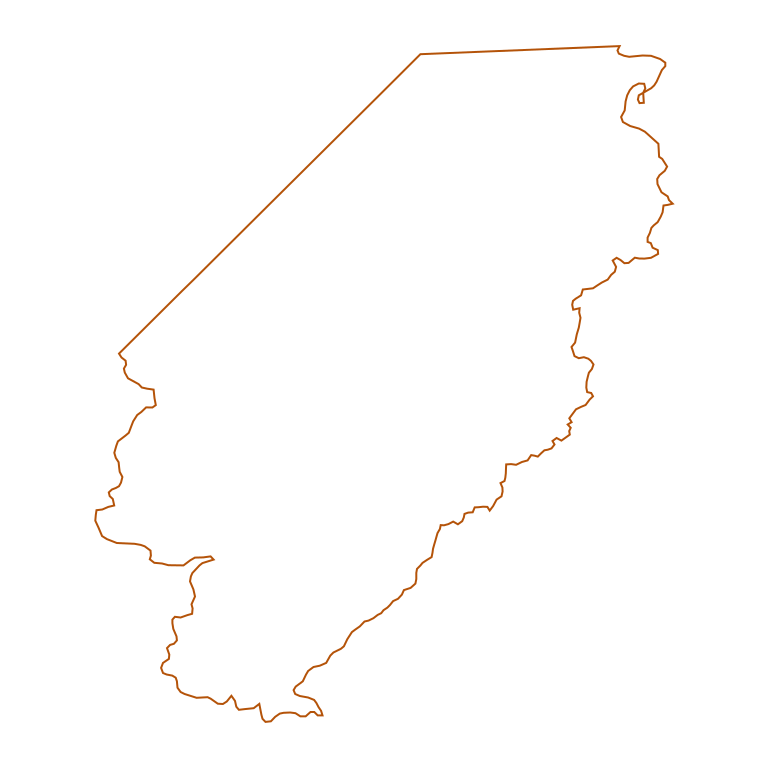 the district of Bom Jardim de Goiás, Goiás, Brazil
{"feature_id": "56859067B81670850738354", "entity_name": "Bom Jardim de Goiás", "entity_type": "district", "adm_level": 2, "iso_a3": "BRA", "parent_name": "Brazil", "parent_adm1": "Goiás", "projection": "orthographic", "projection_center": [-52.054, -16.193], "detail": "fine", "context": "isolated", "style": "outline", "palette": "amber", "viewbox_px": 768, "rotation_deg": 0, "n_neighbors": 0, "source": "geoboundaries", "source_scale": "gbopen_adm2", "svg_char_len": 4141}
<svg xmlns="http://www.w3.org/2000/svg" viewBox="0 0 768 768"><path d="M119.0,353.6L121.5,357.5L125.6,360.7L126.1,364.8L123.9,368.6L124.8,372.6L128.0,378.3L138.6,384.1L141.8,387.5L147.2,388.7L153.6,389.6L154.5,398.2L155.8,405.1L152.4,407.5L146.1,407.4L141.3,412.0L137.2,415.0L133.2,421.3L131.6,425.4L128.8,432.8L125.6,435.5L117.9,441.4L116.3,445.8L114.3,452.8L115.8,457.9L118.6,462.2L119.2,467.9L119.7,471.8L122.4,477.0L121.0,482.6L119.0,486.2L115.8,488.0L111.9,489.5L108.8,492.4L109.7,496.1L112.8,499.0L114.2,505.5L108.3,506.9L102.3,509.5L96.5,510.2L95.8,514.9L95.3,520.7L98.5,527.6L102.1,536.1L106.9,539.1L116.8,543.0L134.6,543.8L140.7,544.9L144.7,546.3L150.5,550.6L150.9,555.6L149.8,559.3L154.3,562.8L162.1,563.5L168.4,565.2L183.5,565.4L190.4,560.2L194.9,557.6L203.2,557.4L210.6,556.4L213.6,559.6L202.4,563.1L199.5,565.4L192.4,573.0L190.9,576.4L190.0,581.4L193.4,589.4L195.0,596.5L191.5,604.3L192.6,608.4L192.1,613.8L187.4,615.1L180.6,617.5L174.9,616.8L172.4,619.6L172.4,623.2L173.3,628.9L176.5,636.4L176.9,640.4L173.9,643.8L170.1,644.9L167.0,648.1L169.3,654.6L168.9,658.9L163.0,662.9L161.1,667.9L163.0,673.0L166.6,674.5L172.3,675.6L175.7,677.7L176.9,681.2L177.5,687.7L180.6,692.0L184.6,694.0L196.6,697.8L207.6,697.2L210.7,698.7L217.8,703.7L222.9,704.0L226.8,701.5L231.4,695.8L235.0,700.9L236.3,706.7L238.9,709.8L244.8,709.1L253.7,708.2L259.3,703.9L261.4,714.7L262.5,718.8L265.5,721.9L270.9,721.3L275.2,716.8L279.8,713.6L283.6,712.8L290.2,712.5L295.5,713.2L300.3,716.3L305.7,716.3L310.5,712.0L314.3,712.0L317.7,715.4L322.5,715.4L321.1,710.9L318.6,707.2L316.4,703.0L314.1,699.9L308.1,697.5L299.8,696.0L295.2,694.0L293.6,690.1L295.7,686.6L302.8,681.3L306.0,674.6L308.2,670.9L313.5,667.0L319.8,665.7L326.2,662.9L328.5,658.8L330.3,655.6L333.4,652.5L340.9,648.8L343.9,646.3L347.3,639.2L351.9,632.1L355.1,629.7L359.8,626.4L364.5,621.5L368.5,620.6L373.4,618.2L377.7,614.9L381.2,613.2L383.5,610.2L387.4,607.6L389.9,605.1L393.1,601.1L398.0,598.8L401.9,594.6L403.9,590.1L410.6,587.9L415.4,583.6L416.3,579.1L416.3,572.9L417.0,568.9L420.4,565.5L422.5,562.9L427.0,559.9L431.6,557.1L432.5,552.7L433.0,548.9L434.2,544.6L435.3,540.9L437.5,533.1L439.9,529.0L440.7,525.1L444.0,525.3L448.4,524.1L453.2,521.6L457.9,524.3L462.2,521.2L463.8,517.5L464.5,513.9L468.2,512.6L472.7,512.3L474.7,507.4L478.7,507.2L483.1,506.7L487.4,506.9L489.7,510.6L493.1,506.1L496.6,499.6L501.5,496.3L502.6,491.5L502.4,487.5L500.5,483.1L504.5,481.0L505.3,477.8L505.8,473.5L506.0,468.1L506.2,464.4L511.2,464.1L516.1,464.8L521.9,462.0L527.6,460.4L531.2,455.1L534.6,455.7L537.8,456.6L541.0,453.4L544.4,450.3L547.8,449.7L551.5,448.4L554.5,444.5L552.5,441.0L556.6,438.0L561.4,440.6L564.8,438.2L569.8,434.6L569.2,431.1L570.7,427.8L567.7,424.5L571.6,422.2L569.3,418.3L572.5,414.0L576.0,409.3L581.2,406.8L585.6,405.0L589.7,399.5L593.0,396.3L591.2,393.0L587.2,392.1L586.3,387.6L586.6,381.8L587.9,376.4L588.9,372.7L591.9,369.0L593.5,364.5L591.0,360.9L588.3,358.7L583.9,357.2L578.8,358.2L574.5,356.1L572.8,350.7L571.5,347.0L575.1,342.6L576.8,334.3L578.8,327.6L579.6,323.1L580.5,317.8L579.2,312.7L579.6,308.2L573.2,309.7L572.2,304.7L573.0,300.9L575.7,298.7L581.1,295.3L582.8,289.5L593.0,288.3L597.5,285.3L601.9,282.5L607.7,279.6L611.1,274.9L614.8,271.7L616.1,266.9L612.7,260.5L616.6,257.8L620.5,260.0L624.4,263.2L628.6,262.9L634.8,257.7L639.2,258.5L644.5,258.6L651.0,257.8L658.1,253.9L657.8,250.1L652.6,247.7L650.8,243.1L647.6,241.9L647.6,237.6L649.9,232.9L651.4,227.9L653.7,225.4L657.7,222.1L660.7,216.7L662.6,212.3L663.5,205.5L667.7,204.9L672.7,203.7L669.0,200.1L667.7,196.4L661.5,192.3L657.5,184.1L657.2,179.0L659.5,175.2L664.8,170.8L667.1,166.6L662.2,158.9L659.1,156.8L658.4,143.8L644.9,131.7L639.1,128.6L630.1,126.0L622.9,122.0L621.1,117.0L624.7,110.4L625.6,101.4L627.2,95.3L629.8,90.2L633.1,86.4L638.8,83.5L644.2,83.8L645.3,88.4L643.2,92.8L651.2,88.2L654.2,85.4L656.6,81.7L661.9,70.0L665.3,66.1L665.3,62.7L660.1,59.0L651.0,55.8L642.6,55.5L629.2,56.8L624.1,55.8L618.8,53.6L617.5,50.4L619.6,46.1L420.4,54.2L382.5,92.0L267.6,206.1L193.4,279.9L181.7,291.3L119.0,353.6ZM643.2,92.8L638.8,95.3L637.9,99.6L639.5,103.1L643.8,102.8L643.2,92.8Z" fill="none" stroke="#b45309" stroke-width="2"/></svg>